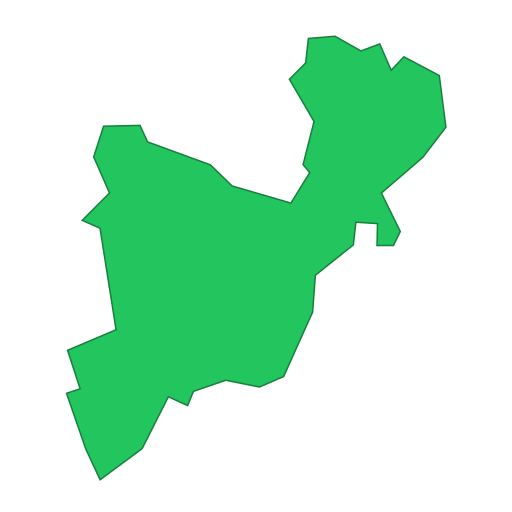 outline of Arachinovo, Lipkovo, North Macedonia, rotated 357°
{"feature_id": "65306769B96419265045604", "entity_name": "Arachinovo", "entity_type": "district", "adm_level": 2, "iso_a3": "MKD", "parent_name": "North Macedonia", "parent_adm1": "Lipkovo", "projection": "orthographic", "projection_center": [21.596, 42.042], "detail": "fine", "context": "isolated", "style": "filled", "palette": "green", "viewbox_px": 512, "rotation_deg": 357, "n_neighbors": 0, "source": "geoboundaries", "source_scale": "gbopen_adm2", "svg_char_len": 718}
<svg xmlns="http://www.w3.org/2000/svg" viewBox="0 0 512 512"><g transform="rotate(357 256 256)"><path d="M319.7,41.5L315.7,65.8L298.6,81.3L321.0,124.7L307.8,167.2L314.0,175.6L293.6,205.0L235.8,184.8L215.2,162.6L153.7,136.4L147.0,119.5L110.6,118.4L99.1,148.5L113.0,185.4L84.3,211.3L101.7,220.1L112.4,322.3L62.9,340.3L73.4,379.4L59.6,383.2L75.9,439.8L88.6,471.3L132.2,442.4L161.1,392.0L179.9,401.8L186.5,387.9L219.2,378.5L252.6,387.0L277.3,377.8L309.6,315.0L314.3,278.3L353.8,250.0L357.5,227.5L379.0,230.0L377.4,251.9L393.8,252.7L401.4,239.1L384.5,199.7L427.9,166.1L452.4,137.3L448.5,85.4L414.1,64.8L400.7,77.6L390.7,50.7L371.5,56.7L346.4,40.7L319.7,41.5Z" fill="#22c55e" stroke="#15803d" stroke-width="1.5"/></g></svg>